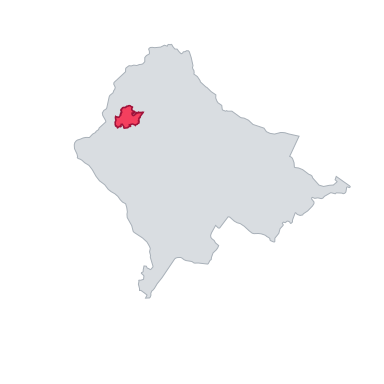 location of Aketi, Orientale, Democratic Republic of the Congo, rotated 305°
{"feature_id": "63176286B77771623677962", "entity_name": "Aketi", "entity_type": "district", "adm_level": 2, "iso_a3": "COD", "parent_name": "Democratic Republic of the Congo", "parent_adm1": "Orientale", "projection": "robinson", "projection_center": [24.045, 2.924], "detail": "fine", "context": "in_parent", "style": "filled", "palette": "rose", "viewbox_px": 384, "rotation_deg": 305, "n_neighbors": 0, "source": "geoboundaries", "source_scale": "gbopen_adm2", "svg_char_len": 7848}
<svg xmlns="http://www.w3.org/2000/svg" viewBox="0 0 384 384"><g transform="rotate(305 192 192)"><path d="M299.1,247.7L277.1,251.6L277.5,253.0L277.3,254.5L276.7,255.7L274.5,258.8L271.1,261.6L271.1,262.3L272.8,265.5L273.8,269.8L273.5,277.5L274.0,279.5L273.9,281.1L272.7,282.9L270.5,292.1L272.0,296.6L276.3,300.7L278.8,303.8L283.1,304.9L283.8,304.8L284.1,302.2L287.5,301.2L287.4,317.6L287.2,318.5L286.5,318.7L285.7,318.2L285.5,316.6L284.6,316.0L280.4,318.0L279.3,318.0L278.2,317.6L277.3,316.8L277.1,315.5L274.1,310.7L272.7,310.4L271.1,306.1L264.5,303.0L262.0,302.7L260.7,301.7L259.4,298.4L257.2,296.2L256.7,293.8L256.3,293.4L254.9,293.9L253.8,297.7L252.3,298.6L249.6,298.7L242.8,297.6L238.0,295.7L236.7,295.8L234.8,294.0L234.0,291.1L234.5,288.8L234.1,288.5L226.7,290.4L225.0,291.5L223.3,291.2L222.8,290.6L223.5,289.0L223.2,287.4L222.6,286.6L220.4,286.0L219.7,284.1L218.4,283.9L218.0,284.1L217.6,285.4L216.8,285.8L212.5,285.2L207.9,286.8L201.7,286.4L198.8,288.3L198.4,288.2L197.8,287.2L197.2,284.1L197.5,283.3L198.4,282.7L198.7,281.4L198.4,278.2L198.7,277.5L198.3,275.6L197.4,272.6L196.1,270.2L193.4,266.6L192.8,264.9L193.0,260.9L193.9,254.4L193.8,249.7L192.7,246.6L192.4,243.3L193.1,237.3L192.4,235.8L178.5,235.3L177.9,234.9L177.6,234.0L178.2,230.5L169.7,231.4L167.2,232.1L165.6,233.5L165.1,235.3L165.0,237.9L163.8,240.4L163.4,244.6L161.0,245.1L158.7,245.1L154.1,244.2L149.7,245.4L147.6,246.5L146.4,246.0L142.5,246.4L141.9,246.1L137.4,237.8L135.3,235.0L134.9,233.7L135.1,232.4L134.5,230.7L132.4,226.4L132.0,224.4L132.1,221.3L131.9,220.3L129.9,217.6L128.7,216.7L127.3,216.2L104.5,216.6L96.9,216.1L91.4,216.5L88.6,216.2L87.9,215.8L85.3,216.4L84.0,217.5L82.0,218.1L80.8,217.9L78.4,214.8L81.7,214.3L81.9,214.0L82.1,206.6L81.2,205.5L82.9,204.3L85.7,201.0L88.4,199.8L88.8,199.2L89.4,199.2L90.3,200.6L92.7,202.4L95.6,200.8L95.9,200.3L96.3,197.2L97.0,196.9L98.2,197.6L98.9,197.6L100.2,196.7L103.9,195.1L105.0,197.1L104.0,199.0L104.4,200.3L104.5,202.3L105.2,202.7L108.1,203.0L108.9,202.5L114.7,195.2L116.3,194.4L118.7,191.5L121.9,190.2L123.3,187.9L125.2,183.8L126.0,177.9L125.7,167.8L126.0,166.4L129.9,161.9L133.9,153.6L136.6,151.4L138.6,150.5L141.8,147.5L144.3,144.4L143.9,140.8L144.5,137.7L145.9,133.8L146.3,129.8L145.9,125.4L146.1,121.9L147.9,116.3L148.1,109.8L149.8,104.4L153.1,97.5L154.7,92.4L154.4,87.3L154.9,83.6L154.7,81.4L154.1,79.5L154.4,78.3L155.6,77.8L157.2,75.9L160.1,70.9L163.1,68.5L165.2,67.7L167.4,67.8L168.8,68.3L171.2,70.2L173.8,71.8L175.8,73.7L177.8,76.7L182.5,77.4L184.6,78.5L185.8,78.9L186.3,78.6L187.2,78.8L189.5,79.7L191.2,79.2L200.0,81.2L201.0,80.2L203.5,75.0L205.3,73.2L208.3,73.0L210.6,74.0L211.9,74.0L222.6,69.5L224.0,69.3L227.9,70.4L230.5,69.7L231.5,69.9L233.7,69.1L235.5,66.0L237.0,65.3L252.4,68.6L254.8,67.0L255.9,66.8L259.4,68.0L260.4,69.9L262.5,71.5L264.0,74.3L266.3,75.8L267.4,77.2L268.8,78.2L271.6,78.6L275.1,76.2L277.7,76.4L280.2,77.7L281.1,77.7L283.0,76.2L284.0,74.7L285.0,74.4L286.5,75.0L287.7,76.5L288.8,78.6L292.7,83.2L296.4,85.2L297.3,88.1L298.7,87.8L299.4,88.1L300.3,89.9L301.0,90.2L301.1,91.0L300.2,92.7L299.3,95.9L300.5,97.9L299.5,100.8L299.0,103.8L300.3,104.6L301.8,104.5L303.3,106.1L304.4,106.3L305.6,108.0L305.3,109.4L301.6,114.3L296.1,120.3L294.2,121.0L293.3,122.1L292.6,123.9L291.0,125.3L289.7,125.9L289.6,130.3L287.8,134.8L287.0,135.7L286.0,143.0L286.2,144.2L285.2,150.2L285.3,155.8L282.6,157.5L280.8,160.2L280.0,162.1L280.0,166.7L277.0,169.4L276.7,170.1L277.5,173.2L278.6,173.8L278.6,174.8L281.1,178.3L280.9,188.8L281.1,189.8L282.4,192.3L283.2,197.1L282.3,203.2L285.6,214.3L284.1,218.4L284.8,222.3L286.8,226.4L291.5,230.4L292.7,232.1L293.9,234.3L295.0,237.8L299.1,247.7Z" fill="#d9dde1" stroke="#a8b0b8" stroke-width="1"/><path d="M225.9,90.3L225.2,89.9L224.9,89.6L224.9,89.4L224.7,89.3L224.4,89.2L224.2,89.2L224.1,89.3L224.0,89.1L223.8,89.1L223.7,89.1L223.4,89.0L223.1,89.0L223.1,88.8L222.9,88.7L222.7,88.5L222.6,88.2L222.4,88.1L222.3,87.8L222.2,87.8L222.0,87.5L221.8,87.4L221.7,87.1L221.3,87.0L221.1,86.8L220.9,86.9L220.6,86.8L220.2,87.0L220.0,86.9L219.9,86.9L219.7,86.7L219.6,86.8L219.4,86.8L219.2,86.7L219.0,86.8L218.7,86.6L218.2,86.7L218.1,86.9L218.2,87.1L218.2,87.3L218.2,87.5L217.9,87.7L217.7,87.9L217.6,88.1L217.4,88.1L217.1,88.5L216.9,88.2L216.7,88.1L216.5,88.5L216.3,88.7L216.2,88.8L215.8,88.8L215.5,88.5L215.4,88.6L215.3,89.0L214.9,88.8L214.5,88.7L214.3,89.0L214.2,89.2L214.2,89.4L214.0,89.6L213.5,89.5L213.1,89.3L211.3,89.3L211.2,89.2L211.1,88.9L211.0,88.7L210.9,88.4L210.7,88.4L210.7,88.0L210.7,87.9L210.4,87.7L210.2,87.5L210.2,87.4L210.2,87.1L210.3,86.9L210.2,86.7L209.8,86.6L209.8,86.4L209.9,86.2L209.4,86.3L209.2,86.6L208.8,86.8L208.6,87.0L208.4,87.1L208.2,87.4L208.1,87.7L208.0,87.8L207.9,87.9L207.6,87.9L207.5,88.2L207.3,88.4L207.2,88.5L206.1,88.8L205.5,88.9L205.0,89.0L204.9,89.1L204.7,89.4L204.6,89.5L204.4,89.7L203.9,89.9L203.7,90.0L203.4,90.4L203.1,90.5L202.8,91.0L202.3,91.5L202.3,91.8L202.3,92.0L202.7,92.3L202.8,92.4L202.7,92.7L202.4,93.1L202.3,93.3L202.2,93.5L202.0,93.8L201.8,94.2L201.9,94.3L202.1,94.4L202.8,94.4L203.3,94.7L203.5,94.8L204.0,94.8L204.3,95.1L204.3,95.8L204.6,96.1L204.8,96.2L205.0,96.3L205.2,96.2L205.6,95.6L205.8,95.4L206.0,95.4L206.4,95.4L206.5,95.4L206.8,95.8L206.9,95.7L207.0,95.5L207.2,95.8L207.5,96.0L207.3,96.6L207.1,97.0L206.7,98.0L206.3,98.5L206.3,99.5L206.2,99.3L206.1,99.2L205.9,99.1L205.5,99.3L205.5,99.5L205.4,99.8L205.5,100.0L207.5,102.2L207.7,102.4L208.0,102.4L208.1,102.5L208.2,102.4L208.3,102.4L208.9,102.7L209.8,103.0L210.4,103.5L210.2,103.6L210.3,103.7L210.3,103.8L210.6,103.9L210.7,103.7L210.7,103.3L210.8,103.4L211.0,103.3L211.0,103.2L210.9,103.0L211.0,102.8L211.1,102.6L211.2,102.4L211.3,102.6L211.5,102.6L211.6,102.8L211.8,102.9L212.0,103.2L212.3,103.1L212.4,103.3L212.7,103.6L213.1,103.8L213.3,103.9L213.4,104.0L213.6,104.4L213.7,104.6L213.7,104.9L213.8,105.4L213.9,105.6L214.1,106.1L214.2,106.6L214.1,107.0L214.0,107.4L214.6,107.4L214.8,107.4L215.2,107.6L215.4,107.8L215.5,107.8L215.6,108.0L216.1,108.3L216.4,108.3L216.7,108.3L217.0,108.3L217.3,108.3L217.6,108.8L217.9,108.9L218.3,108.9L218.5,108.7L219.0,108.3L219.3,108.2L219.5,108.2L219.8,107.9L219.5,107.6L219.5,107.3L219.6,107.2L220.1,107.2L220.9,107.0L221.1,106.9L221.4,106.5L221.5,106.4L222.1,106.5L222.5,106.2L222.8,106.3L223.1,106.7L223.2,106.8L223.7,106.5L223.9,106.5L224.1,106.3L224.2,106.2L224.3,106.2L228.9,106.4L229.1,106.4L229.1,106.2L229.0,105.9L228.9,106.0L229.0,106.1L228.8,106.1L228.9,105.9L228.7,105.6L228.6,105.4L228.2,105.3L228.0,104.9L227.9,105.0L227.8,104.7L227.7,104.7L227.5,104.4L227.4,104.3L227.4,104.1L227.4,103.9L227.1,103.8L227.1,103.7L227.0,103.3L226.9,103.3L226.8,103.2L226.7,103.0L226.4,103.0L226.3,102.9L226.2,102.8L226.3,102.7L226.2,102.7L225.9,102.5L226.0,102.3L225.9,102.3L225.8,102.2L225.7,102.1L225.5,101.9L225.3,101.6L225.2,101.6L225.3,101.4L225.1,101.4L224.9,101.3L224.9,101.2L224.8,101.3L224.7,101.3L224.7,101.1L224.6,101.3L224.4,101.1L224.2,101.0L224.1,100.9L223.8,101.1L223.7,101.0L223.2,101.0L222.9,100.9L222.6,100.9L222.3,100.7L222.2,100.7L222.0,100.8L221.8,100.7L221.7,100.6L221.3,100.5L221.2,100.4L220.8,100.0L220.8,99.7L221.1,99.7L221.2,99.2L221.1,98.9L221.0,98.7L221.3,98.3L221.4,98.5L221.5,98.6L221.9,98.4L221.9,98.7L222.1,98.8L222.3,98.7L222.4,98.3L222.5,98.5L222.7,98.4L222.6,98.6L222.6,98.8L222.8,98.9L222.9,98.7L223.0,98.7L223.1,98.9L223.4,98.8L223.6,98.8L223.8,98.6L223.8,98.8L224.1,98.9L224.1,99.0L223.9,99.3L223.9,99.5L224.1,99.6L224.3,99.3L224.4,99.2L224.8,99.2L224.9,98.8L225.0,98.4L224.9,98.1L224.7,97.9L224.6,97.5L224.6,97.1L224.7,96.6L224.7,96.2L224.7,95.8L224.7,95.6L225.1,95.2L225.3,95.1L225.6,94.9L225.7,95.0L225.8,94.9L226.0,94.7L226.3,94.7L226.6,94.7L226.8,94.7L226.8,94.3L227.0,94.0L227.1,93.9L227.1,94.0L227.2,94.4L227.4,94.4L227.4,93.9L227.2,93.5L227.1,93.0L227.1,92.4L227.2,91.9L227.1,91.7L227.0,91.4L226.8,91.2L226.6,90.8L226.3,90.6L225.9,90.5L225.9,90.3Z" fill="#f43f5e" stroke="#9f1239" stroke-width="1.5"/></g></svg>